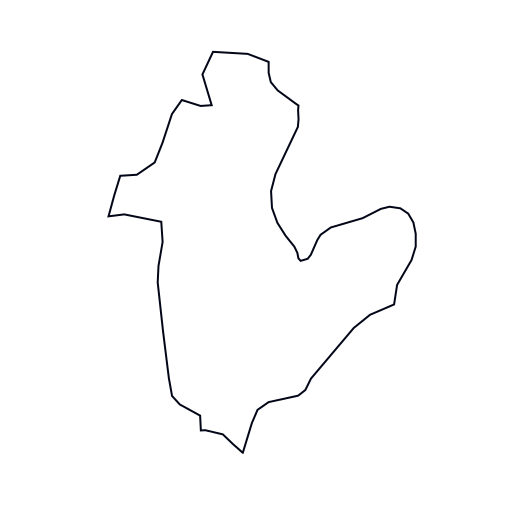 map outline of Bobonaro (Equal Earth projection), rotated 194°
{"feature_id": "TLS-547", "entity_name": "Bobonaro", "entity_type": "District", "adm_level": 1, "iso_a3": "TLS", "parent_name": "East Timor", "parent_adm1": "", "projection": "equal_earth", "projection_center": [125.15, -8.979], "detail": "fine", "context": "isolated", "style": "outline", "palette": "ink", "viewbox_px": 512, "rotation_deg": 194, "n_neighbors": 0, "source": "natural_earth", "source_scale": "10m", "svg_char_len": 1020}
<svg xmlns="http://www.w3.org/2000/svg" viewBox="0 0 512 512"><g transform="rotate(194 256 256)"><path d="M127.5,337.2L118.5,333.9L111.4,326.6L106.4,316.2L103.3,303.8L104.1,289.8L112.1,262.1L110.3,242.4L131.1,226.6L143.7,209.9L173.0,150.4L175.7,137.9L181.3,130.7L208.4,117.3L217.3,107.1L219.6,92.8L221.2,61.9L221.3,61.9L233.0,68.0L245.0,74.9L263.0,74.7L267.3,73.4L271.6,87.6L294.0,93.5L303.6,99.9L311.0,116.4L328.0,160.5L345.0,206.6L348.2,222.7L350.0,247.0L356.2,266.3L393.9,264.5L408.7,258.8L408.2,280.8L407.1,301.0L391.3,306.0L376.9,322.3L374.1,343.3L371.9,373.4L365.7,389.4L346.0,388.2L335.5,391.6L351.9,419.2L347.1,443.7L313.0,450.1L290.7,447.4L288.0,436.7L283.7,428.3L275.0,421.9L254.5,413.5L251.2,412.3L250.4,407.5L247.8,399.0L246.6,391.4L256.9,340.3L257.1,322.6L252.1,306.5L243.3,293.4L232.3,282.9L221.0,274.3L216.6,269.0L214.3,264.0L211.5,262.1L205.2,265.8L203.1,270.4L200.4,286.2L198.5,292.2L190.3,301.8L161.7,318.5L146.3,331.9L138.4,336.1L127.5,337.2Z" fill="none" stroke="#020617" stroke-width="2"/></g></svg>